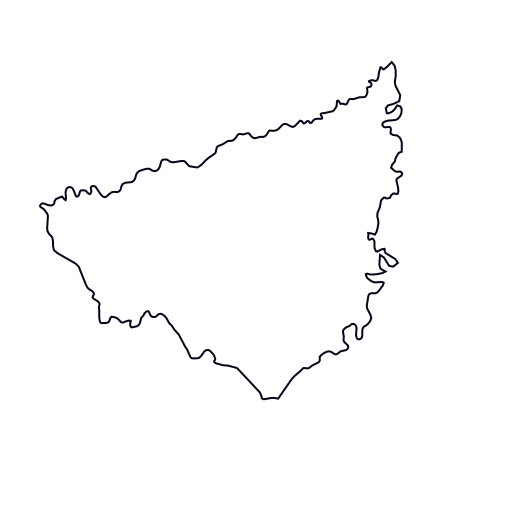 Ternopil', Natural Earth projection, rotated 252°
{"feature_id": "UKR-292", "entity_name": "Ternopil'", "entity_type": "Region", "adm_level": 1, "iso_a3": "UKR", "parent_name": "Ukraine", "parent_adm1": "", "projection": "natural_earth1", "projection_center": [25.734, 49.388], "detail": "fine", "context": "isolated", "style": "outline", "palette": "ink", "viewbox_px": 512, "rotation_deg": 252, "n_neighbors": 0, "source": "natural_earth", "source_scale": "10m", "svg_char_len": 6102}
<svg xmlns="http://www.w3.org/2000/svg" viewBox="0 0 512 512"><g transform="rotate(252 256 256)"><path d="M344.1,65.4L347.1,66.0L357.9,70.3L359.1,70.6L361.1,70.4L366.1,68.7L369.1,66.3L369.8,66.0L370.6,66.2L371.5,67.1L372.1,69.0L371.0,71.2L369.3,73.1L368.4,74.4L367.7,75.9L367.2,77.6L367.8,79.7L369.2,80.9L370.5,81.4L372.0,83.4L372.5,89.9L368.9,91.4L368.0,92.2L369.4,93.1L375.3,94.5L376.8,95.3L378.6,96.8L379.3,98.3L379.3,99.4L378.7,101.1L377.1,102.4L375.2,102.8L369.0,103.2L368.2,103.5L367.8,104.2L367.8,105.0L368.3,105.9L369.5,107.1L371.7,108.5L372.2,109.1L372.4,110.0L371.7,112.6L370.8,114.1L367.1,116.0L366.2,117.0L366.4,117.9L368.3,119.4L371.7,119.9L372.5,120.4L373.0,121.3L372.7,123.1L372.2,124.1L371.5,124.8L362.0,127.5L359.9,128.7L358.6,130.5L358.7,132.1L360.3,135.6L361.2,138.7L360.8,141.2L359.6,143.8L359.8,145.9L360.7,147.4L361.6,148.1L364.5,150.0L365.8,151.9L366.0,154.3L365.6,156.8L364.9,159.3L364.8,161.4L365.5,163.1L366.8,164.8L370.8,167.5L371.8,168.7L372.8,170.7L373.0,174.2L372.8,178.5L372.3,180.4L371.9,181.7L369.3,183.7L368.1,185.7L367.8,186.5L368.1,188.7L368.9,190.2L370.3,191.8L375.0,195.0L376.1,196.1L376.3,197.0L376.2,198.2L375.6,200.2L375.1,201.2L371.9,203.8L370.7,206.0L369.6,213.3L368.7,216.7L367.5,217.8L362.9,219.8L361.8,220.7L358.8,226.5L358.4,227.7L358.5,228.7L359.7,232.5L362.7,238.0L364.2,241.9L365.8,247.6L366.4,248.8L367.0,249.6L371.3,252.2L372.2,253.6L372.6,259.1L374.0,264.5L373.9,265.6L373.1,268.2L373.2,270.4L374.4,273.0L376.9,276.1L377.2,276.9L377.2,277.8L376.7,279.4L375.6,281.1L375.4,285.7L375.0,286.8L374.4,287.4L371.9,288.2L369.8,289.4L368.7,290.5L368.2,292.4L368.1,296.3L367.1,299.7L367.0,300.7L367.2,301.9L368.1,303.6L370.9,306.9L371.1,307.7L369.7,311.2L369.3,314.0L369.7,316.2L372.6,321.7L372.8,323.7L371.7,326.3L369.2,328.4L367.3,330.9L367.7,333.4L371.1,339.7L369.9,341.4L367.9,341.9L367.3,342.4L367.2,343.3L368.4,346.3L368.2,347.4L365.9,348.6L365.6,349.3L365.6,350.1L367.0,352.0L367.9,354.0L367.5,357.2L366.5,359.6L366.3,361.1L366.7,361.6L367.8,361.7L370.4,361.2L371.1,361.5L371.4,362.2L370.7,366.3L370.0,373.2L370.5,375.3L373.5,378.9L377.6,380.6L378.3,381.0L378.5,381.6L378.1,382.4L377.3,382.7L374.6,383.3L374.1,385.5L372.4,387.9L372.4,388.9L373.0,389.8L375.2,391.9L376.0,392.8L376.3,393.8L375.1,397.3L375.0,403.4L374.0,406.7L373.7,408.5L374.0,409.6L374.8,410.7L376.8,412.3L378.3,412.9L381.6,413.5L382.0,414.2L381.7,416.1L381.7,417.1L382.1,418.0L383.6,418.9L384.6,419.0L385.4,418.7L386.5,417.5L387.0,417.3L387.5,417.7L387.5,420.6L385.5,423.9L385.5,424.8L385.9,425.7L388.3,427.6L392.6,429.7L397.0,432.7L396.5,433.6L394.3,434.5L394.0,435.3L395.9,440.0L398.5,445.0L394.2,446.6L389.3,446.2L383.8,444.4L379.5,442.2L377.4,441.5L374.3,441.3L364.4,442.9L359.0,440.1L358.2,434.0L358.4,427.8L356.2,425.0L351.4,424.6L350.9,425.5L350.9,428.7L351.6,431.1L352.9,433.4L355.6,436.9L353.5,439.6L350.4,439.9L347.1,438.5L344.4,436.2L342.5,433.1L342.3,430.7L343.8,423.5L343.8,425.0L344.1,420.8L343.5,417.8L341.8,416.6L339.2,417.5L338.4,418.8L337.7,422.3L336.8,423.5L335.2,423.6L331.0,421.8L329.0,423.4L326.7,427.8L323.9,429.4L321.1,429.8L318.4,429.6L310.1,426.8L310.1,424.2L309.5,422.9L305.9,419.0L302.9,417.1L300.8,413.7L298.2,411.7L293.6,414.4L292.5,416.3L292.0,418.3L291.3,419.9L289.4,420.5L287.5,419.3L286.1,414.1L284.8,412.9L277.3,412.3L273.5,411.4L271.3,410.0L271.5,408.8L272.5,407.5L273.0,405.8L272.0,403.3L269.9,401.2L270.2,398.7L270.8,397.3L271.8,396.7L272.0,395.4L270.2,392.1L264.3,389.0L259.3,384.8L256.3,383.6L252.0,383.2L249.0,382.4L245.1,380.4L241.5,377.9L239.6,375.6L240.8,374.3L241.7,372.9L243.2,369.8L241.7,369.6L239.0,368.4L237.9,368.2L236.4,368.8L236.4,370.2L236.7,371.7L236.3,372.6L233.5,373.2L227.0,371.2L223.6,371.5L222.7,372.6L223.5,377.2L223.2,380.4L222.7,380.6L221.3,379.9L218.7,380.2L210.1,387.5L205.6,388.8L203.5,383.2L205.4,379.6L215.1,377.2L218.7,374.3L209.5,370.6L205.5,370.5L201.2,374.3L200.7,370.4L201.5,364.5L203.0,359.1L204.8,356.4L204.8,354.8L202.3,354.7L200.3,355.2L196.5,357.8L194.1,360.9L192.4,367.8L191.1,369.2L188.8,367.5L184.8,362.0L183.8,360.0L183.7,357.8L185.0,354.2L184.8,352.0L183.3,350.5L174.3,345.9L171.7,345.5L164.6,346.7L161.6,346.5L159.2,344.9L156.8,341.5L156.0,339.5L155.5,336.9L154.5,335.4L153.1,334.4L147.5,332.5L145.5,331.2L144.9,329.8L144.9,328.2L145.7,326.9L146.5,326.6L148.5,326.5L150.5,326.9L155.4,329.0L157.2,329.5L159.1,329.4L160.5,328.6L161.5,327.4L161.7,325.9L160.5,323.2L160.4,320.5L159.8,318.3L159.0,316.7L157.3,315.3L152.1,314.6L148.9,313.2L147.1,313.3L142.6,315.7L141.0,315.6L140.1,315.2L139.1,313.9L138.7,312.4L139.2,306.9L137.8,303.3L137.7,301.8L138.4,300.4L141.5,298.0L142.8,296.0L143.1,293.3L142.5,290.0L141.8,288.0L140.5,285.5L136.8,284.3L135.6,282.9L134.4,275.4L133.1,271.7L133.3,270.0L134.7,267.0L134.7,266.1L132.8,262.5L129.9,255.4L127.2,251.0L113.5,233.0L115.6,229.0L116.3,226.3L117.3,219.3L118.0,218.2L118.9,217.6L122.1,217.9L125.1,217.5L154.6,203.7L155.6,203.0L160.4,195.5L162.3,190.9L166.2,184.9L167.1,184.0L168.0,183.5L168.8,183.6L170.2,185.2L171.2,185.5L174.7,185.4L179.5,183.3L180.6,182.4L181.4,181.5L181.6,180.7L181.8,179.0L181.6,178.3L180.9,176.9L178.1,173.3L176.7,170.5L176.8,168.8L177.9,165.0L178.5,163.5L179.3,162.8L180.3,162.4L188.3,161.6L191.7,160.6L205.1,158.3L211.2,155.6L215.9,154.3L219.2,152.6L224.4,151.7L227.3,150.5L229.6,148.8L230.5,147.5L230.8,145.9L230.4,144.4L229.4,142.4L229.3,141.5L229.4,140.3L230.2,138.7L231.0,137.8L232.0,137.4L236.1,136.9L236.8,136.3L237.1,135.5L237.1,134.7L236.2,132.6L234.1,130.4L232.6,127.7L228.4,125.1L226.8,123.6L226.0,121.5L226.3,116.7L226.5,115.8L227.2,115.2L228.3,114.9L230.4,115.3L232.7,116.8L233.2,116.8L233.9,114.9L234.1,112.0L233.8,109.5L234.2,107.9L234.7,107.3L239.7,104.8L241.3,102.8L242.8,100.1L242.5,98.7L239.4,96.3L238.9,95.7L238.5,94.2L238.7,92.4L239.7,89.0L240.5,87.6L241.8,87.3L243.8,87.5L248.0,88.5L251.6,89.8L255.9,90.7L258.6,92.4L259.7,92.4L262.1,91.3L265.7,88.3L266.5,88.0L267.3,87.9L268.4,88.6L269.5,89.9L270.3,90.2L271.4,90.2L273.1,89.4L276.6,86.6L278.2,85.9L281.1,85.4L300.7,84.1L304.4,82.2L320.0,68.1L324.1,65.6L327.9,66.0L332.8,67.5L336.7,68.0L341.3,65.9L344.1,65.4Z" fill="none" stroke="#020617" stroke-width="2"/></g></svg>